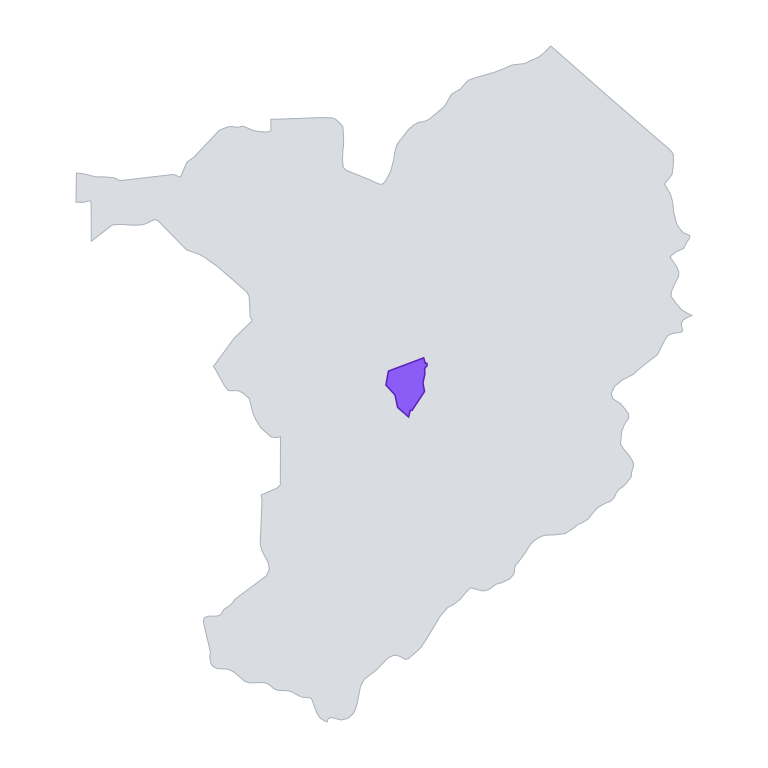 location of Rumbek North, Lakes, South Sudan, rotated 270°
{"feature_id": "79223893B34085221347990", "entity_name": "Rumbek North", "entity_type": "district", "adm_level": 2, "iso_a3": "SSD", "parent_name": "South Sudan", "parent_adm1": "Lakes", "projection": "natural_earth1", "projection_center": [29.719, 7.541], "detail": "fine", "context": "in_parent", "style": "filled", "palette": "violet", "viewbox_px": 768, "rotation_deg": 270, "n_neighbors": 0, "source": "geoboundaries", "source_scale": "gbopen_adm2", "svg_char_len": 3989}
<svg xmlns="http://www.w3.org/2000/svg" viewBox="0 0 768 768"><g transform="rotate(270 384 384)"><path d="M643.5,640.6L618.7,669.4L616.9,671.1L613.9,673.3L603.8,673.4L593.5,672.0L583.9,664.5L574.2,670.3L568.1,672.1L564.4,672.8L555.7,673.7L543.6,676.8L538.1,680.7L535.2,683.7L532.7,689.4L531.5,689.9L529.3,689.3L526.1,687.0L519.7,683.7L516.4,676.6L513.4,672.3L510.9,670.0L500.6,677.1L495.6,678.8L491.5,678.6L484.1,674.6L475.8,671.2L471.6,671.2L465.2,675.5L458.0,681.9L454.3,688.2L452.5,692.0L450.0,686.2L447.5,682.6L444.0,681.2L437.2,682.6L435.5,680.6L435.1,675.6L434.1,671.1L432.4,667.7L427.0,664.3L413.3,657.4L402.7,643.6L397.4,637.2L393.5,633.0L388.0,622.2L381.8,614.7L374.2,611.2L369.1,613.0L364.0,621.0L354.3,628.5L349.8,628.7L344.1,624.6L336.9,621.8L324.0,620.5L318.6,624.0L311.6,629.8L305.7,633.2L302.0,633.6L298.6,632.3L294.7,631.5L291.4,631.4L284.5,626.1L280.9,622.3L278.5,618.6L274.6,616.1L270.1,613.9L266.8,610.6L265.2,606.5L262.6,601.2L259.3,596.4L248.8,587.9L245.6,582.8L243.4,577.9L239.1,572.5L234.5,565.2L233.1,554.5L232.9,545.9L231.9,542.0L230.0,538.0L227.7,534.6L224.0,530.8L215.4,525.3L206.6,518.9L202.3,515.2L194.2,513.9L189.4,510.2L185.4,502.2L183.7,495.8L179.7,490.8L177.9,487.2L177.0,483.0L180.2,470.3L175.5,465.8L168.5,460.0L163.5,453.6L160.5,447.7L151.5,440.0L132.0,428.4L120.7,421.1L114.5,414.4L109.1,408.0L108.6,405.3L112.1,398.8L112.7,393.5L109.8,387.6L98.1,376.5L88.8,364.3L81.7,360.5L64.7,357.2L59.8,355.8L54.7,353.5L49.7,348.0L48.0,341.5L50.5,331.1L49.0,328.0L46.1,327.1L46.9,324.9L50.1,319.9L55.4,316.6L69.5,311.5L70.3,309.5L70.6,303.0L71.7,299.9L76.6,290.9L77.3,287.3L77.5,279.7L78.2,276.0L79.6,273.5L83.5,269.0L84.9,266.3L85.5,260.4L85.1,248.9L87.1,244.3L96.0,233.7L98.4,229.0L99.2,224.8L99.1,220.5L99.7,216.3L102.3,212.2L104.6,210.9L111.1,209.7L115.5,210.5L146.7,203.3L150.3,204.3L151.9,208.5L151.8,215.3L152.3,218.6L153.9,221.0L158.9,224.2L162.3,229.6L164.1,231.6L169.1,235.4L192.2,266.4L198.7,269.4L205.0,268.3L217.6,261.8L223.9,260.2L267.9,262.0L272.8,261.1L273.1,261.2L279.8,276.8L283.0,280.3L331.3,280.5L330.4,276.1L331.0,271.1L339.5,261.6L340.7,260.5L348.1,255.9L355.4,252.8L369.4,249.3L374.5,243.7L377.3,238.5L377.4,228.4L379.3,226.7L382.6,224.3L398.8,215.3L401.5,213.4L430.1,234.4L446.2,251.1L447.2,251.9L448.0,252.2L448.9,251.7L449.6,250.9L451.5,250.1L458.4,249.9L471.4,249.1L475.7,247.1L501.7,217.3L508.3,207.8L510.0,205.9L513.7,199.1L517.7,187.5L518.5,186.2L547.0,158.3L548.0,156.1L548.3,154.3L543.9,144.9L543.0,140.2L542.8,132.8L543.6,121.4L543.3,114.2L542.9,112.2L542.7,111.8L526.7,91.3L566.9,91.1L567.0,88.5L566.9,87.7L566.1,85.2L565.6,81.9L565.7,80.1L565.9,78.4L565.9,77.5L565.8,76.7L565.8,76.3L566.0,76.0L594.9,76.4L594.5,82.2L591.1,95.9L591.1,104.1L590.3,113.4L589.4,116.2L587.9,118.5L587.4,119.6L587.4,120.6L593.5,172.9L593.1,175.1L591.5,178.4L591.1,179.5L591.0,180.3L591.7,180.9L605.0,186.5L605.7,186.9L606.2,187.3L611.0,194.1L637.3,218.9L638.2,220.1L641.0,227.9L641.3,229.1L641.4,231.0L641.3,232.4L640.7,237.1L640.9,239.2L641.4,240.6L641.7,242.2L641.7,242.7L641.5,243.9L637.6,252.9L636.4,259.3L636.0,264.7L636.2,267.8L636.7,269.8L637.1,270.6L637.4,270.9L648.8,270.9L648.7,273.8L650.4,321.0L650.4,326.3L650.0,333.0L648.7,335.6L645.5,339.3L641.4,342.8L631.2,343.6L622.7,343.5L616.7,342.8L608.4,342.5L600.6,343.2L597.8,346.1L587.6,371.2L584.4,377.5L583.6,381.1L584.5,383.3L588.5,386.5L597.4,390.9L607.5,393.5L615.0,394.7L620.2,395.9L624.1,397.3L638.5,408.6L643.1,413.9L645.7,418.6L646.3,423.6L648.4,428.7L661.5,444.4L674.0,451.7L678.8,460.1L683.4,464.2L687.8,468.5L690.2,475.0L695.6,493.9L699.3,503.8L703.0,511.9L704.5,525.1L707.5,531.0L710.5,538.1L715.6,544.6L720.9,549.6L721.9,550.9L668.0,612.3L643.5,640.6Z" fill="#d9dde1" stroke="#a8b0b8" stroke-width="1"/><path d="M376.5,424.5L385.1,423.0L394.2,424.9L399.5,424.6L402.2,427.0L404.7,427.0L404.7,425.3L410.2,423.7L399.7,395.8L396.9,388.4L383.0,385.9L373.0,395.0L360.6,397.6L351.0,408.6L357.5,410.2L357.7,412.1L376.5,424.5Z" fill="#8b5cf6" stroke="#5b21b6" stroke-width="1.5"/></g></svg>